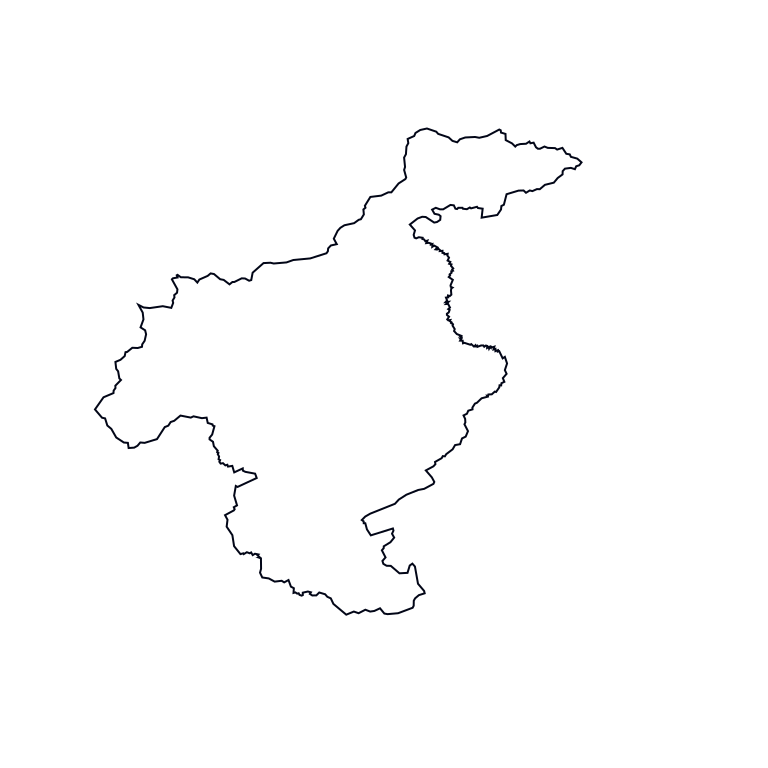 Thung Song, Nakhon Si Thammarat, Thailand (Natural Earth projection), rotated 245°
{"feature_id": "78962969B2531694567463", "entity_name": "Thung Song", "entity_type": "district", "adm_level": 2, "iso_a3": "THA", "parent_name": "Thailand", "parent_adm1": "Nakhon Si Thammarat", "projection": "natural_earth1", "projection_center": [99.635, 8.081], "detail": "fine", "context": "isolated", "style": "outline", "palette": "ink", "viewbox_px": 768, "rotation_deg": 245, "n_neighbors": 0, "source": "geoboundaries", "source_scale": "gbopen_adm2", "svg_char_len": 6166}
<svg xmlns="http://www.w3.org/2000/svg" viewBox="0 0 768 768"><g transform="rotate(245 384 384)"><path d="M357.5,505.0L357.1,502.4L365.1,502.3L365.3,500.9L366.5,501.5L366.7,498.9L368.7,499.8L369.0,497.9L371.2,499.8L371.4,497.8L372.7,496.8L371.6,496.1L372.7,495.5L371.7,494.2L373.3,494.5L373.1,492.7L374.9,493.6L375.8,492.6L375.4,490.6L376.9,490.4L377.9,488.3L378.2,484.4L379.3,484.7L379.3,483.2L380.5,483.3L379.9,481.4L383.3,479.9L383.1,478.8L387.3,474.3L387.5,472.8L390.0,473.6L391.1,471.4L391.9,472.6L392.8,472.2L392.9,474.0L394.1,474.3L394.7,473.1L395.1,474.3L398.5,471.1L402.4,469.9L403.9,471.3L407.9,470.8L408.9,471.8L410.7,471.2L410.4,469.9L411.5,471.2L413.4,470.1L414.0,471.0L414.6,469.1L415.8,468.6L417.5,471.4L420.0,470.2L421.1,470.7L421.5,472.9L423.4,474.8L424.7,473.9L425.4,476.1L429.5,475.9L430.2,474.2L431.2,477.2L432.2,474.4L433.1,476.5L436.1,476.7L435.1,479.7L436.0,478.6L437.2,479.4L435.9,480.9L436.5,482.8L440.4,484.2L442.2,485.4L442.4,486.8L443.9,485.6L445.3,486.0L449.3,490.4L453.6,487.9L454.5,489.8L455.6,489.8L456.3,492.3L457.7,492.6L457.5,494.4L459.0,494.2L459.5,495.6L462.8,494.6L463.9,495.7L465.4,493.9L466.6,495.7L469.0,493.8L471.0,496.3L473.7,495.7L475.1,496.7L476.0,493.6L477.2,493.9L478.1,492.4L480.0,493.3L480.9,490.7L481.7,491.3L483.7,490.4L483.4,488.9L484.2,487.7L485.2,490.2L488.2,488.0L487.9,485.7L490.4,487.1L490.6,485.3L491.6,485.8L493.1,484.1L493.8,481.9L495.6,483.9L495.9,481.8L498.0,481.5L499.2,480.1L500.2,480.8L502.3,477.6L502.4,474.7L503.7,473.5L506.6,473.9L510.1,477.0L517.6,474.8L519.8,484.4L519.4,489.3L517.7,492.4L509.1,497.7L508.4,500.5L509.0,504.3L512.2,506.2L514.3,505.2L516.9,501.7L521.7,501.3L521.8,505.4L518.7,508.5L517.3,511.5L518.2,519.9L516.4,522.8L512.7,522.8L511.7,524.2L512.3,525.8L510.5,529.6L509.5,529.6L507.4,533.0L507.7,536.4L506.4,537.1L505.3,543.2L503.8,543.5L501.2,547.5L493.5,542.8L489.3,558.1L492.7,563.8L495.7,565.6L495.8,568.4L504.2,575.3L502.4,587.7L500.4,592.3L497.3,593.5L497.8,597.9L496.1,600.0L496.0,605.0L494.7,607.5L496.5,614.0L494.7,623.0L497.3,628.5L498.5,634.4L501.4,635.9L502.7,639.0L500.9,644.7L498.0,647.8L500.1,650.2L499.7,653.4L501.4,656.7L506.6,654.4L510.9,649.4L513.6,649.4L515.6,646.5L522.6,645.5L523.3,640.0L525.5,638.7L528.8,632.2L531.4,629.8L531.3,624.8L532.2,622.9L534.3,621.8L539.5,621.6L540.3,618.4L542.3,618.3L541.7,614.3L543.9,608.8L544.4,605.2L543.7,603.3L548.0,601.7L553.6,597.4L559.3,599.8L562.4,596.3L564.6,597.0L565.9,596.0L565.2,582.3L566.9,574.4L569.4,570.9L573.1,561.8L573.7,556.2L572.1,552.5L575.4,548.8L580.2,546.8L587.8,538.8L590.6,538.0L597.4,530.9L598.9,524.2L598.2,518.6L596.0,516.2L596.1,509.0L592.0,507.8L589.7,504.7L583.0,501.0L580.7,497.9L571.8,494.8L569.5,492.7L561.8,491.4L560.7,490.0L559.6,482.0L554.6,471.7L555.9,468.9L555.9,461.1L559.3,450.7L553.6,442.0L551.6,441.7L550.9,439.1L546.2,437.4L543.1,432.7L543.5,430.5L542.4,424.9L544.6,415.2L544.0,410.5L542.4,406.7L536.9,399.9L530.7,400.3L532.0,394.4L530.5,390.7L528.0,389.2L526.8,387.1L529.0,370.2L534.7,354.2L535.4,347.0L539.8,335.0L541.9,332.3L544.5,325.9L540.4,312.0L534.3,307.6L534.6,305.4L538.3,302.7L539.9,299.7L539.7,291.4L540.5,289.7L539.6,286.1L546.1,282.7L548.2,279.8L555.5,276.4L557.5,273.6L556.5,269.9L556.7,260.8L554.8,257.7L559.1,256.3L563.4,251.6L566.6,245.0L570.2,243.0L570.1,242.1L567.8,241.9L569.0,237.4L568.5,236.0L557.1,236.8L554.2,235.0L553.2,231.4L551.0,230.7L549.0,227.7L546.6,227.2L542.9,223.4L548.0,216.4L551.8,203.8L555.0,198.4L559.5,194.9L550.7,195.5L544.2,193.3L538.2,187.3L533.6,190.2L529.6,189.4L524.3,185.3L522.1,181.6L520.0,180.4L520.7,176.0L523.2,171.2L521.6,164.8L522.1,163.2L518.9,160.8L517.3,155.4L517.5,149.9L510.9,147.7L507.9,148.4L500.9,146.5L498.8,147.3L496.0,139.8L493.8,138.9L492.3,136.2L490.1,135.0L490.5,124.2L483.1,111.3L472.6,114.2L470.7,116.7L463.3,115.7L458.6,117.9L448.7,118.7L440.9,123.5L438.9,127.0L433.9,125.5L431.9,130.7L432.2,134.5L434.0,138.4L431.8,142.2L430.0,155.0L437.6,167.1L437.4,170.9L439.7,174.6L439.3,178.3L441.4,186.2L435.2,194.7L435.2,197.7L430.0,204.5L428.5,209.0L423.2,207.8L419.9,211.5L418.7,211.2L417.4,212.5L410.8,206.9L409.0,203.2L407.5,202.5L403.9,204.6L399.5,203.5L393.8,205.1L392.8,204.0L391.5,204.8L390.7,203.7L388.0,203.9L385.7,202.3L384.3,203.3L383.1,201.9L380.9,202.3L380.3,204.6L377.3,205.8L377.0,207.9L375.1,207.7L373.9,211.9L367.2,210.9L367.2,220.3L365.1,219.5L363.0,221.2L357.2,229.3L352.6,228.9L352.6,207.8L354.2,206.6L346.2,201.0L336.1,199.5L335.8,195.8L333.6,195.7L332.9,194.5L332.3,184.5L327.1,184.8L321.2,181.1L311.1,182.7L300.4,179.6L290.5,182.0L290.0,184.9L289.1,185.0L289.5,188.6L287.3,190.8L287.5,192.4L284.4,192.7L284.7,195.3L282.6,198.1L282.2,197.0L279.3,198.2L279.5,197.3L278.0,198.8L268.5,194.5L265.4,191.9L260.1,191.9L256.5,197.4L251.1,201.4L248.9,208.1L246.4,209.7L246.7,214.6L239.7,214.0L237.0,216.0L232.9,213.7L232.6,215.6L230.7,216.7L230.4,218.2L228.6,218.3L227.0,219.9L227.0,221.2L229.2,222.2L228.1,227.3L226.1,229.7L225.1,228.1L222.7,229.6L221.0,233.3L222.4,237.2L218.3,241.8L215.1,242.7L212.2,245.2L206.1,245.2L190.9,252.3L190.5,260.5L187.0,264.1L187.3,271.7L183.6,275.3L182.4,279.3L182.4,285.6L175.8,287.3L173.9,290.0L170.3,299.9L169.1,315.4L170.5,317.2L175.0,319.4L176.6,321.6L177.9,326.4L177.1,332.4L179.5,332.9L188.6,330.4L205.5,334.9L209.2,333.8L208.6,330.6L202.9,325.5L205.9,318.0L216.3,313.3L218.2,309.5L221.3,307.4L224.3,307.8L226.2,312.1L234.2,311.8L235.3,314.3L237.0,315.2L237.9,323.0L240.5,328.3L244.9,328.0L247.1,330.6L249.3,331.0L252.4,308.1L259.5,307.1L265.7,308.2L266.4,306.8L268.1,307.5L270.1,306.4L271.8,311.0L272.3,316.8L270.8,343.3L273.0,348.6L274.2,357.5L273.5,370.2L272.0,376.1L272.6,386.6L274.0,388.2L279.2,387.9L288.0,385.4L288.5,394.0L289.6,396.7L291.8,397.3L292.4,404.9L293.8,406.8L292.7,408.6L294.1,410.7L295.8,418.6L298.6,422.6L297.3,427.5L301.7,431.7L301.8,435.8L305.8,440.2L313.5,439.9L314.8,441.5L318.1,442.8L321.9,442.8L322.0,446.6L324.2,449.1L323.6,453.5L325.3,454.2L327.8,458.1L327.7,460.3L329.8,466.4L328.7,472.6L329.9,472.5L329.4,473.4L330.4,474.2L329.1,477.3L330.3,481.2L329.4,482.2L332.2,487.0L334.0,488.2L333.2,489.6L335.1,490.8L335.1,494.0L339.1,494.2L341.4,499.4L345.5,499.4L350.6,504.2L357.5,505.0Z" fill="none" stroke="#020617" stroke-width="2"/></g></svg>